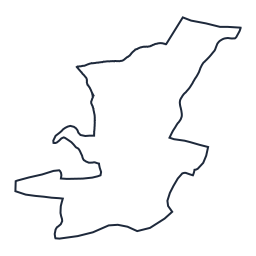 outline of Babonneau Proper, Castries, Saint Lucia
{"feature_id": "8701671B49626021137525", "entity_name": "Babonneau Proper", "entity_type": "district", "adm_level": 2, "iso_a3": "LCA", "parent_name": "Saint Lucia", "parent_adm1": "Castries", "projection": "mercator", "projection_center": [-60.946, 14.006], "detail": "fine", "context": "isolated", "style": "outline", "palette": "slate", "viewbox_px": 256, "rotation_deg": 0, "n_neighbors": 0, "source": "geoboundaries", "source_scale": "gbopen_adm2", "svg_char_len": 5608}
<svg xmlns="http://www.w3.org/2000/svg" viewBox="0 0 256 256"><path d="M182.8,17.4L166.2,44.1L165.8,44.0L165.3,44.2L164.8,43.8L164.2,43.7L163.8,43.7L163.1,43.4L162.6,43.3L162.3,43.3L162.0,43.2L161.4,43.2L160.5,43.1L159.4,43.2L157.8,43.4L157.4,43.6L157.0,43.7L155.7,43.9L155.2,44.0L154.3,44.4L153.8,44.7L153.5,44.8L152.6,45.0L152.2,45.3L151.4,45.8L150.9,45.8L150.1,46.3L149.5,46.4L149.1,46.4L148.6,46.5L148.2,46.6L147.9,46.7L147.5,46.8L147.0,46.6L146.5,46.6L145.7,46.8L145.3,46.7L145.0,46.6L144.4,46.8L143.9,46.7L143.6,46.8L143.1,46.8L142.8,46.9L141.8,47.1L141.3,47.3L140.7,47.3L140.3,47.5L138.8,48.1L138.4,48.3L138.2,48.4L137.9,48.5L137.6,48.8L137.2,49.0L136.9,49.0L136.7,49.2L135.3,49.5L134.8,50.2L134.4,50.6L134.0,50.8L133.5,51.3L133.2,51.6L132.6,52.0L132.2,52.6L131.4,53.3L131.1,53.8L130.9,54.0L130.8,54.3L130.4,54.6L130.3,54.8L130.0,55.1L129.8,55.5L128.1,56.6L127.8,57.0L127.2,57.1L126.3,57.8L125.4,58.6L125.2,58.7L124.9,58.9L124.6,59.3L123.1,60.3L122.5,60.6L121.8,60.8L121.5,60.9L120.7,60.9L119.6,61.2L119.2,61.2L118.6,61.1L118.1,61.1L117.6,61.1L116.2,61.1L115.8,61.0L115.1,61.0L114.8,61.0L114.3,61.3L114.0,61.2L113.5,61.2L113.2,61.1L112.9,61.2L112.5,61.1L111.7,61.2L111.3,61.2L110.9,61.2L110.3,61.2L109.7,61.4L108.4,61.3L107.4,61.3L106.7,61.4L106.0,61.5L105.1,61.6L104.8,61.7L103.7,61.6L102.8,62.0L102.5,62.0L102.2,62.2L101.2,62.1L100.4,62.3L99.7,62.4L99.0,62.4L98.1,62.7L97.2,62.6L96.6,62.7L96.0,62.8L95.2,63.0L93.8,63.1L92.7,63.3L92.0,63.2L91.8,63.1L91.2,63.4L90.3,63.5L89.4,63.8L89.0,63.9L88.7,64.1L87.6,64.4L87.2,64.6L85.8,65.2L84.5,65.7L84.0,65.8L82.8,65.8L82.3,66.0L81.5,66.1L81.0,66.3L80.6,66.3L79.0,66.4L78.6,66.5L78.1,66.6L77.5,66.5L76.8,67.0L77.1,67.4L77.4,67.7L78.0,68.3L78.3,68.7L78.7,69.3L79.2,69.7L79.4,70.0L79.8,70.4L80.5,71.3L81.0,71.9L81.4,72.1L81.8,72.8L82.2,73.2L82.4,73.6L83.0,74.3L83.5,74.6L83.8,75.0L84.2,75.4L84.5,75.8L85.2,76.7L86.2,77.8L86.7,79.0L86.8,79.5L86.9,79.9L86.8,80.4L87.0,81.0L86.8,82.1L86.9,82.7L87.2,83.5L87.3,84.2L87.6,85.0L88.0,85.3L88.3,85.4L88.4,85.7L88.5,86.1L88.8,86.4L89.1,86.9L89.4,87.2L89.9,88.0L90.0,88.4L90.2,88.8L90.4,89.1L90.6,89.4L91.0,90.4L91.7,92.1L93.0,94.6L92.7,94.5L92.4,94.5L92.5,94.8L92.6,95.4L92.6,96.2L93.0,96.8L92.8,97.1L92.8,97.5L92.3,98.5L92.1,99.0L91.8,100.1L91.4,101.1L91.2,101.5L91.2,102.5L91.3,103.5L91.5,103.8L91.8,104.5L92.0,105.0L92.1,105.3L92.6,106.1L92.7,106.4L92.7,106.9L92.9,107.1L93.2,108.3L93.5,108.8L93.4,109.4L93.6,110.4L93.9,111.6L94.0,112.2L94.3,113.7L94.5,114.6L94.6,115.0L94.6,115.6L94.7,115.9L94.7,116.5L94.7,116.8L94.8,117.6L94.7,118.0L94.7,118.4L94.8,118.9L94.8,119.2L94.7,120.0L94.9,120.4L94.7,120.9L94.7,121.3L94.7,122.2L94.8,122.6L94.7,123.9L94.7,124.5L94.6,124.9L94.7,125.7L94.6,126.3L94.6,126.7L94.5,127.1L94.5,127.4L94.5,128.2L94.5,128.5L94.5,128.9L94.4,129.3L94.4,130.1L94.3,130.6L94.3,130.9L94.1,131.4L94.2,131.8L94.2,132.7L94.1,133.1L94.2,133.4L94.1,134.3L94.1,135.7L89.0,135.7L85.3,136.0L80.5,135.0L78.3,132.6L77.5,130.3L76.0,128.3L73.9,126.8L70.3,125.9L67.7,126.6L65.3,127.8L63.1,129.3L61.6,131.0L59.5,132.8L55.6,135.8L53.3,140.6L53.5,142.9L54.2,143.0L55.4,143.0L56.8,142.5L59.1,140.7L60.2,139.6L61.3,138.5L62.5,137.9L63.8,137.4L65.2,138.0L69.1,140.6L71.4,142.2L73.6,144.5L75.5,146.8L76.1,147.4L78.0,148.4L78.9,149.3L79.9,151.0L81.4,154.3L82.1,155.7L82.4,157.1L82.8,158.2L83.2,159.1L83.9,160.2L84.4,160.4L86.0,161.5L88.9,162.7L92.4,162.6L93.9,162.3L94.7,162.3L97.6,163.3L99.0,163.6L99.1,164.7L99.7,167.7L101.1,172.0L100.5,175.3L97.7,176.3L92.3,177.6L82.8,178.6L67.0,178.9L60.9,178.5L61.4,175.2L61.0,172.8L60.0,171.0L59.2,170.3L53.5,170.9L42.0,174.5L29.1,177.4L17.2,180.6L15.7,181.2L15.4,191.2L25.7,194.6L35.3,195.9L43.8,196.7L51.6,197.7L59.2,198.2L62.8,198.6L61.7,202.4L60.8,206.1L60.6,209.8L60.5,213.0L61.1,216.0L62.0,219.0L62.2,221.1L60.8,224.2L60.6,224.4L58.1,226.5L56.9,227.3L55.6,229.5L54.7,234.0L55.2,237.5L55.5,238.3L59.5,238.6L77.7,236.1L92.9,232.3L108.7,225.4L117.8,224.8L127.5,226.7L137.2,231.1L150.0,227.9L164.6,218.6L172.2,211.8L168.1,206.0L167.4,200.8L169.9,192.9L173.4,186.0L177.8,178.5L182.3,173.4L184.1,172.9L185.8,172.9L190.0,174.4L192.9,175.3L193.1,174.9L193.5,173.7L194.0,172.3L194.2,171.3L194.4,170.5L194.5,169.8L196.0,169.6L197.7,168.8L203.2,162.9L206.2,155.7L208.1,147.0L199.8,144.9L190.1,142.1L184.6,140.7L174.0,139.2L169.5,137.7L171.9,132.8L172.9,130.9L173.4,130.1L173.6,129.7L173.9,129.3L175.2,127.3L176.5,125.1L177.8,123.1L178.2,122.8L178.9,122.0L180.0,120.4L180.3,119.9L180.6,119.5L181.0,118.6L181.1,118.2L181.6,116.9L181.8,115.9L181.8,115.4L181.8,114.0L181.6,112.5L181.3,110.5L181.1,109.6L180.9,108.7L180.6,107.3L180.4,106.8L180.2,105.7L180.1,105.3L180.0,104.8L180.0,104.3L179.9,103.8L179.8,102.5L179.9,101.5L180.0,100.9L180.2,99.9L181.1,98.1L181.4,97.7L181.9,96.9L182.4,96.0L183.2,94.9L183.8,94.1L184.9,93.0L185.7,92.4L186.4,91.5L187.1,90.7L187.8,89.9L189.1,88.4L190.3,86.7L191.1,85.4L192.2,83.7L192.8,82.7L192.9,82.3L193.8,80.8L195.0,78.7L196.4,76.7L197.1,75.5L198.1,73.7L198.3,73.3L199.0,72.0L199.3,71.1L199.8,69.8L200.5,67.8L201.0,66.9L201.2,66.5L201.4,66.0L202.1,64.7L202.7,63.8L203.0,63.3L203.7,62.4L204.5,61.8L205.5,60.7L206.2,60.1L209.2,57.0L210.5,55.5L211.1,54.8L212.7,52.8L213.3,52.1L213.7,51.6L214.4,50.8L214.7,50.4L214.8,50.1L215.3,49.1L215.6,48.2L216.2,46.6L217.4,43.6L217.7,43.2L217.9,43.0L218.9,41.7L219.3,41.4L219.8,40.9L221.7,39.7L223.0,39.0L224.4,38.5L225.5,38.3L227.0,38.1L227.9,38.0L230.0,38.3L230.9,38.4L231.9,38.5L233.9,38.4L234.8,38.4L235.2,38.2L235.6,37.8L236.3,37.1L236.5,36.7L239.2,31.8L239.6,31.0L239.8,30.5L240.6,28.1L240.6,27.7L239.7,27.6L228.2,26.9L220.1,26.9L206.0,23.4L191.1,20.6L182.8,17.4Z" fill="none" stroke="#1e293b" stroke-width="2"/></svg>